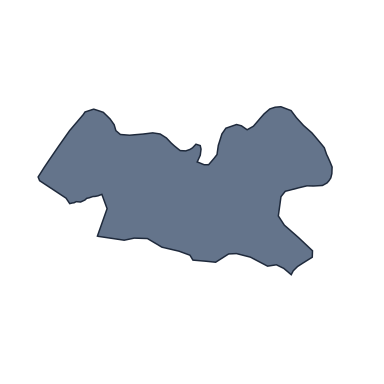 Abi, Cross River, Nigeria (Mercator projection), rotated 71°
{"feature_id": "59680162B64112154685735", "entity_name": "Abi", "entity_type": "district", "adm_level": 2, "iso_a3": "NGA", "parent_name": "Nigeria", "parent_adm1": "Cross River", "projection": "mercator", "projection_center": [8.011, 5.883], "detail": "fine", "context": "isolated", "style": "filled", "palette": "slate", "viewbox_px": 384, "rotation_deg": 71, "n_neighbors": 0, "source": "geoboundaries", "source_scale": "gbopen_adm2", "svg_char_len": 1633}
<svg xmlns="http://www.w3.org/2000/svg" viewBox="0 0 384 384"><g transform="rotate(71 192 192)"><path d="M127.7,332.6L131.7,332.4L156.8,313.1L163.2,311.4L163.4,308.8L163.8,307.0L163.4,304.7L165.2,300.6L164.7,295.8L163.7,293.6L164.0,291.3L164.0,287.2L164.6,285.2L165.0,282.2L164.9,278.0L180.1,277.7L202.9,295.8L203.4,295.1L215.5,271.8L216.8,261.6L221.5,249.3L234.4,238.4L243.7,223.6L251.1,214.5L256.7,213.3L261.8,201.8L266.1,192.5L262.5,177.5L264.7,170.0L272.6,158.0L286.7,144.7L288.3,135.9L294.1,130.1L302.5,125.1L299.5,122.0L296.8,116.4L295.4,110.7L294.1,105.1L292.8,99.5L286.8,97.2L285.9,97.7L270.2,105.9L253.4,115.5L243.0,118.1L242.8,118.2L225.4,109.4L224.5,108.0L221.7,103.6L222.8,89.4L223.6,81.3L225.9,75.1L228.3,66.5L227.4,61.4L225.9,58.8L223.9,56.2L220.2,53.8L214.0,51.4L208.4,51.7L202.7,52.2L200.5,52.5L193.2,52.5L190.1,53.6L180.7,57.2L175.1,59.4L165.4,64.9L155.7,69.1L147.3,71.8L140.3,80.2L138.9,85.8L138.8,91.4L141.6,98.4L144.9,104.2L145.7,105.5L149.8,112.5L151.1,119.6L145.5,123.7L142.7,127.9L142.7,134.9L142.7,139.2L144.7,141.9L146.8,144.8L152.8,149.2L156.4,151.9L163.4,155.5L164.7,156.1L167.5,160.4L171.6,167.4L170.2,171.6L166.7,175.6L165.3,177.3L159.9,172.2L154.4,169.5L150.8,169.1L148.1,172.7L150.4,177.1L151.1,180.0L151.1,184.5L149.0,189.7L142.8,193.6L138.8,195.8L132.6,198.6L126.8,203.2L126.1,204.5L123.3,209.9L121.3,219.3L119.4,226.8L118.0,232.5L114.3,241.0L109.2,244.0L103.0,243.7L96.2,245.7L87.8,249.9L85.0,253.5L81.7,257.9L81.6,259.4L81.6,260.8L81.6,261.4L81.5,267.1L83.4,269.6L94.1,287.7L97.4,292.3L105.2,303.1L115.6,317.1L120.6,323.7L127.7,332.6Z" fill="#64748b" stroke="#1e293b" stroke-width="1.5"/></g></svg>